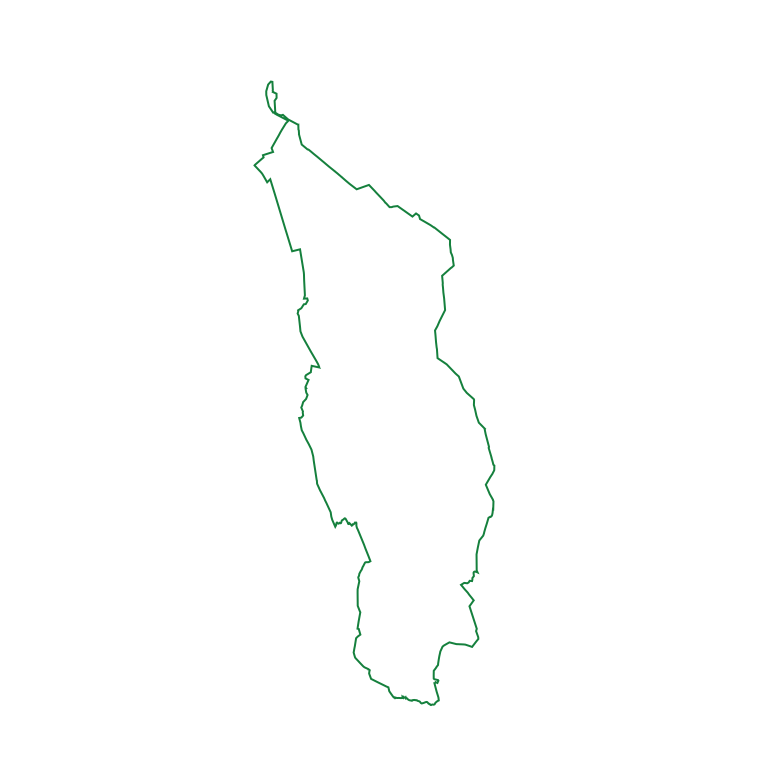 Iršu pag., Kokneses, Latvia, rotated 74°
{"feature_id": "27541924B71270592653243", "entity_name": "Iršu pag.", "entity_type": "district", "adm_level": 2, "iso_a3": "LVA", "parent_name": "Latvia", "parent_adm1": "Kokneses", "projection": "robinson", "projection_center": [25.608, 56.781], "detail": "fine", "context": "isolated", "style": "outline", "palette": "green", "viewbox_px": 768, "rotation_deg": 74, "n_neighbors": 0, "source": "geoboundaries", "source_scale": "gbopen_adm2", "svg_char_len": 5971}
<svg xmlns="http://www.w3.org/2000/svg" viewBox="0 0 768 768"><g transform="rotate(74 384 384)"><path d="M703.4,419.1L703.3,418.6L700.5,418.1L699.4,418.1L694.2,418.2L685.8,418.0L685.9,417.8L684.8,416.6L686.1,415.1L684.2,413.5L683.5,413.7L681.7,416.9L680.9,417.4L677.3,416.4L673.4,415.2L671.4,412.5L670.3,411.3L669.0,409.5L667.6,409.0L663.7,407.2L661.0,405.9L657.3,403.9L656.7,403.6L652.6,400.1L651.9,398.5L651.1,395.3L650.4,392.3L654.0,386.1L656.1,379.8L656.9,377.7L659.5,373.9L661.0,371.8L656.8,366.1L655.1,363.6L653.3,363.2L646.9,363.6L644.9,362.3L621.2,363.1L616.7,357.4L610.0,360.2L607.7,361.0L603.6,363.0L598.3,365.3L597.3,361.7L598.5,358.9L598.1,357.3L596.8,355.9L597.7,353.7L596.5,353.0L594.9,352.5L593.5,350.6L592.6,350.4L590.4,350.0L589.9,349.8L589.4,349.2L589.3,348.5L589.5,348.0L590.4,346.6L590.9,346.0L588.8,346.3L573.3,342.0L567.1,338.9L560.7,335.5L557.1,330.4L554.9,328.9L554.4,328.7L550.5,326.3L546.6,323.7L541.4,320.4L540.9,318.5L541.2,318.2L540.9,317.5L540.6,317.0L540.3,316.6L539.6,316.1L537.9,315.2L534.2,313.7L534.4,313.5L526.9,311.1L525.2,311.3L525.1,311.2L519.0,312.7L508.9,313.9L502.5,307.2L500.4,304.7L497.4,301.9L496.7,301.6L492.8,300.4L492.0,301.0L491.7,301.1L488.8,301.0L484.4,301.0L484.3,300.9L484.2,300.9L474.2,301.0L473.5,300.4L460.2,300.1L455.3,299.7L455.0,299.3L447.3,303.5L440.1,303.9L433.7,303.5L429.0,303.4L424.2,301.8L423.4,301.8L415.3,306.9L410.3,309.0L397.4,310.0L393.6,312.4L382.4,318.3L373.9,325.4L365.1,323.5L363.2,323.3L357.9,322.4L351.0,321.0L346.6,320.2L343.2,316.8L338.7,313.1L329.8,304.9L318.3,302.6L312.4,301.7L308.0,300.8L304.6,300.2L303.3,299.7L296.0,298.3L290.8,287.5L290.8,287.1L289.4,284.3L283.5,283.5L281.8,283.1L278.8,283.1L275.9,283.5L273.0,282.9L268.3,282.2L263.7,280.8L255.1,287.0L247.4,292.5L247.4,292.8L244.1,295.5L235.4,303.9L231.7,303.9L228.9,306.2L230.9,310.5L216.7,321.9L216.0,326.3L216.1,327.5L216.1,327.9L215.5,329.9L210.8,332.2L210.2,332.7L207.6,333.7L197.4,339.0L195.7,339.8L188.5,343.6L188.8,348.6L189.3,356.6L182.3,361.8L178.3,364.5L175.2,366.5L168.5,370.9L160.1,376.8L147.2,385.5L143.8,387.9L140.2,390.3L137.8,392.0L137.5,392.8L131.9,396.6L131.1,397.1L120.5,396.9L120.4,396.8L116.8,396.0L115.8,396.1L111.2,394.9L111.2,395.0L103.3,403.2L97.4,407.0L97.4,408.9L96.0,411.3L93.2,413.7L81.6,411.1L79.4,408.4L75.3,407.3L72.9,410.1L72.8,409.9L72.6,409.9L72.3,410.2L72.1,410.2L71.5,410.2L70.7,409.8L62.8,408.0L62.1,409.4L64.2,412.8L70.1,416.5L73.8,417.5L85.3,418.1L92.5,415.8L92.5,414.7L93.4,414.7L93.9,414.4L95.9,412.5L97.3,411.0L103.3,404.7L103.5,404.2L103.9,404.0L104.9,403.9L106.4,406.5L111.3,411.9L113.6,414.3L116.0,416.6L118.8,419.5L126.2,427.0L130.4,426.7L130.5,430.9L130.7,437.3L133.0,437.3L134.1,439.8L137.8,447.7L138.2,448.2L146.3,444.0L148.1,443.2L150.2,442.6L157.9,440.7L155.8,436.9L171.0,436.6L208.7,436.1L213.3,436.0L231.1,435.7L231.4,427.6L254.4,430.3L256.5,430.7L262.4,432.2L277.0,435.6L279.9,437.4L280.6,434.2L282.7,434.2L285.6,437.2L285.3,439.1L288.4,442.6L289.5,446.3L290.3,446.3L292.5,447.6L295.0,447.1L305.6,448.9L310.4,449.8L316.0,449.3L333.0,445.3L342.4,442.9L346.7,441.9L349.5,441.6L349.8,441.7L349.8,441.9L350.2,441.8L346.6,448.5L352.2,451.0L352.5,451.1L354.0,456.5L354.9,457.5L357.0,457.9L359.3,455.4L365.3,460.4L366.8,459.9L367.0,460.7L370.9,461.1L373.5,460.5L376.9,463.0L379.1,466.7L382.3,468.7L383.8,470.0L388.1,469.5L389.1,470.0L392.0,470.4L393.5,472.7L393.3,474.9L398.1,475.0L401.7,475.5L405.8,475.8L409.2,475.1L416.2,474.0L421.0,472.9L427.1,471.8L434.1,472.0L438.5,472.7L457.8,475.2L458.2,475.1L461.4,475.8L468.5,474.8L477.2,473.0L479.7,472.7L482.3,472.2L492.6,470.6L496.9,471.2L499.7,471.2L500.3,471.2L507.8,470.2L507.1,469.5L506.5,469.0L504.7,468.1L504.2,467.5L504.2,467.4L504.3,467.2L505.5,466.6L505.7,466.3L505.7,466.0L505.6,465.6L505.2,464.9L505.9,464.1L505.9,463.8L505.5,463.5L505.1,463.1L504.0,462.5L503.6,462.1L503.3,461.5L503.1,460.4L502.6,459.6L502.3,458.8L502.5,458.4L502.9,458.1L508.2,456.8L508.4,457.0L508.8,456.8L508.9,456.5L508.4,456.1L508.1,455.7L508.8,455.2L511.3,454.0L511.2,453.7L510.9,453.3L510.6,453.1L510.3,452.7L510.6,452.4L510.1,451.0L509.2,450.2L509.6,448.9L510.2,448.9L512.6,449.6L514.7,449.7L516.9,449.3L533.0,447.5L537.1,447.2L545.9,446.3L550.6,445.9L551.0,447.8L550.8,448.9L550.4,450.1L550.3,451.0L550.4,451.3L550.7,451.7L552.2,453.1L553.4,454.2L553.8,454.7L554.7,455.5L555.3,455.8L556.5,456.8L557.3,457.8L559.6,460.0L561.3,460.8L561.8,461.2L562.3,461.7L562.8,462.0L563.0,462.1L563.4,462.1L566.8,462.1L574.0,465.9L577.3,466.9L590.0,470.4L596.7,469.8L596.9,469.7L605.4,473.9L611.9,476.9L612.5,475.8L618.4,475.8L619.5,478.8L620.7,480.9L628.2,484.4L629.5,485.1L633.8,487.2L638.6,487.2L639.5,487.0L645.8,483.8L649.8,481.7L651.0,480.8L653.5,477.9L653.9,477.8L653.9,477.5L655.2,476.6L656.3,477.3L658.2,478.1L663.9,477.7L668.9,472.3L674.7,465.9L675.2,465.4L676.8,463.4L680.7,463.6L681.1,463.5L683.8,462.6L686.3,461.7L686.9,461.5L687.5,461.2L687.8,461.0L687.8,460.7L688.5,460.5L688.7,460.0L689.1,459.9L689.1,459.6L688.7,459.2L689.2,458.5L689.5,457.8L689.9,456.2L690.5,454.6L690.8,453.4L690.9,452.8L690.7,452.6L690.2,452.5L690.6,452.3L690.1,451.9L690.5,451.7L691.0,451.5L690.9,451.4L690.7,451.2L691.0,451.1L691.1,450.6L691.4,450.0L691.4,449.9L691.2,449.6L691.9,449.6L691.7,449.3L692.4,449.1L692.5,449.0L692.5,448.8L692.5,448.6L693.1,448.3L693.3,448.2L694.3,447.5L695.0,446.7L695.6,445.6L695.6,445.1L696.1,444.7L696.2,444.4L696.1,443.9L695.8,443.5L695.8,443.0L696.1,442.3L696.2,441.5L696.6,441.0L696.7,440.3L697.0,440.0L697.3,439.6L697.4,439.2L697.8,439.0L698.2,438.5L698.7,437.6L699.2,437.1L700.0,436.8L700.3,436.7L700.9,436.4L701.4,435.9L701.5,435.7L701.5,435.2L701.5,433.7L701.3,431.8L701.3,431.2L701.4,430.6L701.5,430.5L701.6,430.3L701.9,430.0L702.3,429.9L702.9,429.5L703.5,429.3L703.8,429.0L704.2,428.6L704.1,428.4L704.3,428.2L705.2,427.8L705.5,427.5L705.6,427.2L705.4,426.3L705.4,425.9L705.9,424.8L705.9,424.3L705.9,424.0L705.9,423.8L705.5,423.3L704.6,422.4L703.7,420.5L703.5,419.8L703.4,419.1Z" fill="none" stroke="#15803d" stroke-width="2"/></g></svg>